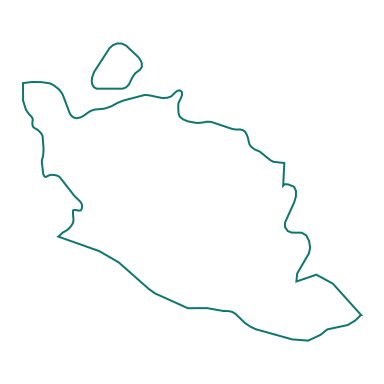 the Metropolitan department of Vaucluse
{"feature_id": "FRA-5352", "entity_name": "Vaucluse", "entity_type": "Metropolitan department", "adm_level": 1, "iso_a3": "FRA", "parent_name": "France", "parent_adm1": "", "projection": "natural_earth1", "projection_center": [5.058, 44.047], "detail": "fine", "context": "isolated", "style": "outline", "palette": "teal", "viewbox_px": 384, "rotation_deg": 0, "n_neighbors": 0, "source": "natural_earth", "source_scale": "10m", "svg_char_len": 2265}
<svg xmlns="http://www.w3.org/2000/svg" viewBox="0 0 384 384"><path d="M361.0,314.9L360.9,314.9L355.4,320.4L347.8,325.0L327.3,329.4L320.4,334.9L308.2,340.6L292.2,339.4L256.0,329.3L250.3,326.6L245.0,323.0L235.5,313.9L232.2,311.9L228.6,311.1L223.5,311.0L206.9,308.1L187.8,308.2L155.2,293.5L148.7,288.9L118.7,262.4L99.4,251.2L58.3,236.6L60.3,234.9L61.1,234.0L63.0,232.4L66.8,230.3L68.7,228.8L70.7,226.5L72.3,224.2L72.9,222.9L73.3,221.4L73.5,219.8L73.0,214.0L73.0,211.6L73.0,210.7L73.2,210.3L74.4,210.0L75.5,210.0L76.9,210.2L77.0,210.3L77.3,210.4L79.0,210.6L80.0,210.5L80.5,210.4L80.8,210.3L81.0,210.1L81.4,209.5L81.8,208.4L82.0,207.0L82.1,205.5L81.6,203.7L80.4,201.8L74.4,195.9L60.0,177.5L58.5,176.2L56.4,175.4L54.7,175.1L51.3,174.8L49.8,175.1L48.5,175.6L46.2,176.8L45.1,176.9L44.0,175.8L43.2,173.8L41.8,161.8L42.0,160.0L42.3,158.6L42.7,157.4L43.1,155.9L43.5,151.1L43.5,148.0L42.6,136.3L41.9,134.6L40.7,132.8L38.0,130.1L34.1,127.8L33.0,126.7L32.4,124.9L32.4,121.8L32.8,120.0L32.5,118.4L31.6,116.8L29.1,114.2L26.0,109.9L23.1,100.7L23.0,83.1L31.8,82.0L41.1,82.1L49.6,83.3L51.9,84.3L54.3,85.7L58.9,89.3L61.2,92.2L62.9,95.1L69.8,113.4L71.3,115.7L73.7,117.5L76.6,118.2L80.6,117.4L83.7,115.7L89.3,111.7L92.2,110.3L95.0,109.5L103.4,108.8L106.1,108.2L111.7,106.1L117.7,102.8L123.6,100.5L144.5,95.0L148.6,95.2L162.6,98.1L167.6,97.7L171.3,96.3L175.5,92.2L177.6,90.7L179.8,90.4L181.6,91.5L182.1,94.7L181.2,97.5L178.5,102.9L178.2,105.6L178.4,111.3L178.7,114.0L179.8,116.7L183.0,119.3L187.7,121.3L197.0,123.0L202.3,122.6L206.8,121.7L211.2,121.9L232.7,129.1L237.0,129.6L239.8,129.4L242.7,130.1L245.1,131.7L247.1,135.4L248.1,138.5L248.7,141.6L249.5,144.4L251.2,146.8L254.4,149.3L259.6,151.5L270.8,160.5L273.5,161.8L284.3,163.0L283.2,185.7L284.7,184.2L288.1,184.4L294.0,186.7L296.0,191.0L295.9,196.5L294.3,202.1L285.1,222.3L284.9,226.9L287.8,231.1L291.8,232.6L301.6,232.7L306.2,235.3L309.1,241.0L310.1,247.7L308.9,253.4L297.2,273.5L296.4,281.5L316.3,274.7L332.8,283.6L360.9,314.8L361.0,314.9ZM117.3,43.4L121.9,43.6L126.1,45.6L138.3,57.1L140.4,60.0L141.8,63.3L141.8,67.1L140.1,69.6L135.1,73.4L132.7,76.8L128.8,84.6L125.9,87.5L122.4,88.7L96.7,88.7L93.9,87.2L92.3,84.5L91.7,81.1L92.1,77.4L94.2,71.8L109.5,48.2L113.0,45.1L117.3,43.4Z" fill="none" stroke="#0f766e" stroke-width="2"/></svg>